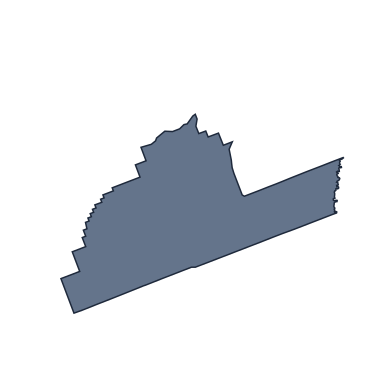 outline of Carbon, Montana, United States of America, rotated 339°
{"feature_id": "52423323B43555697098429", "entity_name": "Carbon", "entity_type": "district", "adm_level": 2, "iso_a3": "USA", "parent_name": "United States of America", "parent_adm1": "Montana", "projection": "robinson", "projection_center": [-108.599, 45.319], "detail": "fine", "context": "isolated", "style": "filled", "palette": "slate", "viewbox_px": 384, "rotation_deg": 339, "n_neighbors": 0, "source": "geoboundaries", "source_scale": "gbopen_adm2", "svg_char_len": 2273}
<svg xmlns="http://www.w3.org/2000/svg" viewBox="0 0 384 384"><g transform="rotate(339 192 192)"><path d="M38.4,262.8L47.1,263.0L62.9,262.8L79.1,262.7L113.2,262.2L115.1,262.3L134.4,262.1L135.5,262.1L164.5,262.0L168.2,263.4L172.0,263.4L192.3,263.4L240.7,263.3L251.9,263.2L259.7,263.2L262.0,263.2L273.8,263.4L315.4,263.3L319.4,263.4L319.8,262.9L320.0,262.4L319.4,261.8L318.6,261.9L317.9,261.8L318.0,261.0L318.7,260.3L318.7,259.6L318.6,259.0L319.1,258.9L319.6,258.2L319.3,257.6L319.3,256.1L320.2,254.6L320.9,253.1L322.1,252.6L323.2,252.7L323.9,252.9L324.5,251.9L323.5,251.3L322.2,251.3L321.1,250.6L321.1,249.9L321.5,249.0L322.3,249.1L323.3,248.9L323.0,248.1L323.9,246.3L324.6,244.8L324.8,243.1L325.7,242.1L326.2,242.3L327.1,241.8L327.4,240.6L328.4,240.3L328.4,240.7L329.2,241.3L330.3,240.9L330.6,240.0L330.0,238.9L329.2,238.5L329.4,237.7L330.3,238.2L331.2,237.5L331.1,236.8L331.5,235.8L331.1,234.9L330.6,234.7L331.6,233.8L333.0,233.9L334.4,232.9L334.8,232.3L334.7,231.6L334.2,231.3L333.4,230.7L333.8,230.1L333.3,228.8L333.5,227.4L334.2,227.2L335.1,227.1L335.0,226.3L334.2,225.8L334.1,225.1L334.7,224.9L335.5,224.8L335.9,225.3L336.9,225.6L337.1,224.9L337.5,223.2L337.5,222.4L338.4,221.9L339.3,222.6L340.3,222.7L340.5,221.8L339.7,221.5L338.9,220.6L338.6,219.9L339.1,219.9L340.3,219.2L339.9,218.7L340.5,217.0L341.3,216.5L341.1,215.4L340.9,215.0L342.3,215.0L343.9,215.0L345.6,214.4L345.5,214.0L341.2,214.0L333.2,214.0L322.9,214.1L311.9,214.1L305.9,214.1L298.2,214.2L288.8,214.3L280.4,214.5L273.3,214.6L268.0,214.6L264.8,214.6L255.7,214.7L245.0,214.7L240.6,214.7L239.4,214.7L237.8,212.8L237.8,211.1L237.8,198.8L237.8,189.6L238.2,183.7L239.2,179.7L240.1,176.4L242.0,165.4L246.5,160.7L247.6,159.6L238.0,159.6L237.8,146.5L226.8,146.4L226.7,140.0L219.3,139.9L219.2,132.0L222.9,125.7L222.9,120.6L219.9,121.4L211.9,126.7L208.6,126.2L203.1,128.6L195.5,128.6L188.4,125.5L178.3,128.9L176.3,131.2L171.1,132.9L160.4,132.0L160.3,146.4L148.9,146.4L148.8,159.5L119.0,159.5L119.0,162.8L107.8,162.8L107.8,166.0L104.1,166.0L104.1,169.3L96.7,169.2L96.7,172.5L92.9,172.5L92.9,175.7L89.2,175.7L89.2,179.0L85.5,179.0L85.5,182.2L81.7,182.2L80.7,188.7L76.9,188.7L76.9,195.2L73.2,195.2L73.2,204.9L58.8,204.9L58.7,225.9L38.6,225.9L38.4,262.8Z" fill="#64748b" stroke="#1e293b" stroke-width="1.5"/></g></svg>